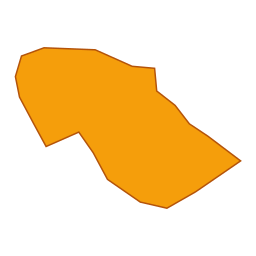 the district of Motides, Cyprus
{"feature_id": "46923920B57620727838735", "entity_name": "Motides", "entity_type": "district", "adm_level": 2, "iso_a3": "CYP", "parent_name": "Cyprus", "parent_adm1": "", "projection": "albers", "projection_center": [33.21, 35.331], "detail": "fine", "context": "isolated", "style": "filled", "palette": "amber", "viewbox_px": 256, "rotation_deg": 0, "n_neighbors": 0, "source": "geoboundaries", "source_scale": "gbopen_adm2", "svg_char_len": 366}
<svg xmlns="http://www.w3.org/2000/svg" viewBox="0 0 256 256"><path d="M46.1,146.5L78.8,132.1L93.2,152.7L107.5,179.4L140.3,202.1L166.9,208.2L195.6,191.8L240.6,160.9L207.9,136.2L189.4,123.9L175.1,105.4L156.7,91.0L154.6,68.3L132.1,66.3L95.2,49.8L44.0,47.8L21.5,56.0L15.4,76.6L19.5,97.1L33.8,123.9L46.1,146.5Z" fill="#f59e0b" stroke="#b45309" stroke-width="1.5"/></svg>